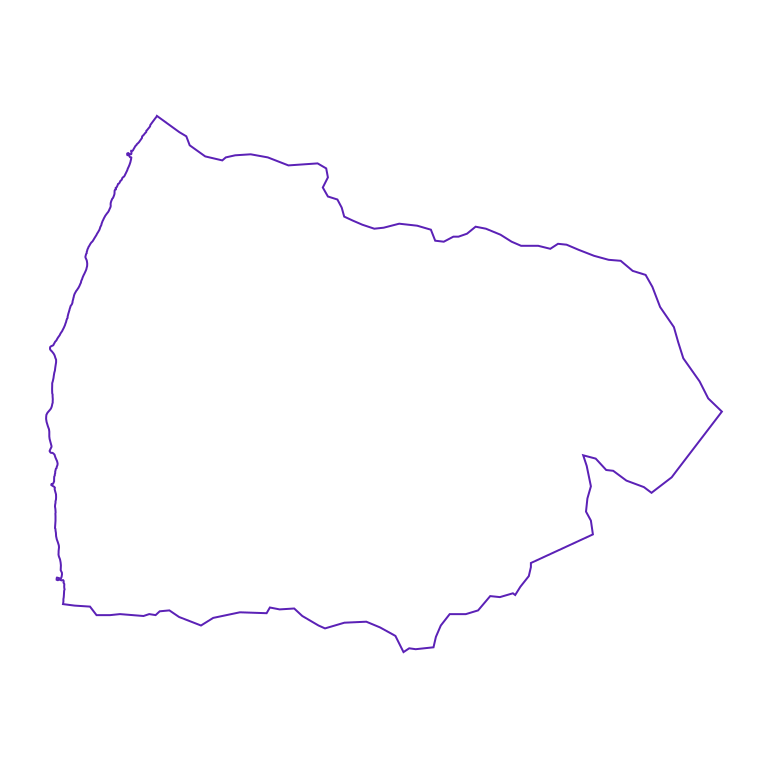 the district of Bouton, Soufrière, Saint Lucia
{"feature_id": "8701671B93683641934125", "entity_name": "Bouton", "entity_type": "district", "adm_level": 2, "iso_a3": "LCA", "parent_name": "Saint Lucia", "parent_adm1": "Soufrière", "projection": "natural_earth1", "projection_center": [-61.073, 13.88], "detail": "fine", "context": "isolated", "style": "outline", "palette": "violet", "viewbox_px": 768, "rotation_deg": 0, "n_neighbors": 0, "source": "geoboundaries", "source_scale": "gbopen_adm2", "svg_char_len": 5860}
<svg xmlns="http://www.w3.org/2000/svg" viewBox="0 0 768 768"><path d="M156.9,115.9L156.4,116.9L155.2,118.4L152.0,122.7L150.4,124.9L150.3,125.1L150.1,126.0L150.1,126.3L149.6,127.0L148.2,128.7L147.5,129.6L147.2,130.0L146.5,130.6L146.3,130.9L146.3,131.4L146.3,131.8L145.9,132.4L145.4,132.8L144.3,134.1L144.0,134.6L143.5,135.0L143.3,135.4L142.3,136.2L142.0,137.0L142.0,137.9L139.6,141.3L138.9,142.3L138.2,143.0L137.8,143.4L137.4,143.7L136.8,144.3L136.6,144.6L136.5,145.0L135.4,146.0L134.6,147.4L133.5,149.3L133.0,150.3L132.4,150.9L132.2,151.0L131.8,150.8L131.2,150.8L131.1,151.3L131.4,152.3L131.5,153.0L131.2,154.1L130.8,154.3L130.6,154.3L130.1,154.2L129.0,153.7L128.3,153.1L127.9,153.2L127.5,153.3L127.2,153.6L127.2,154.7L127.4,155.1L128.1,155.1L128.6,154.8L129.5,156.4L129.9,157.0L130.3,157.3L130.9,157.2L131.3,157.5L131.2,158.4L131.1,159.2L130.6,161.1L130.5,161.8L129.5,164.8L128.7,166.7L127.7,168.8L127.4,169.9L126.8,171.2L124.5,175.9L124.1,176.5L123.4,177.0L122.5,177.7L121.9,179.2L121.8,179.6L121.3,180.1L120.8,180.7L120.4,180.9L119.7,182.4L119.5,182.8L118.7,183.7L118.1,183.9L117.6,185.2L116.8,187.0L116.0,187.7L115.7,187.9L115.7,188.2L116.0,188.6L116.0,189.2L115.9,189.4L115.6,189.6L115.1,189.7L114.8,190.2L114.6,190.8L114.5,193.6L114.4,194.2L114.2,194.9L113.5,196.8L113.0,197.9L112.1,199.0L112.0,199.4L111.4,200.7L110.8,202.6L110.6,204.1L110.7,205.4L110.7,206.1L110.4,207.3L109.5,209.2L108.9,210.7L108.4,211.5L108.1,212.1L107.3,213.0L105.3,215.7L105.0,216.3L103.9,218.3L103.1,220.1L102.5,221.2L102.0,222.7L101.6,223.6L101.4,224.8L101.1,225.5L100.8,226.1L100.4,226.8L99.7,229.0L99.3,230.0L97.8,232.6L97.3,233.3L96.7,234.4L96.3,235.3L96.0,235.7L95.5,236.5L95.0,237.3L94.5,238.1L93.8,239.3L92.7,241.1L92.2,241.7L91.4,242.4L91.1,242.8L90.4,243.8L89.0,246.3L88.6,246.8L88.2,247.9L88.0,248.3L87.6,249.1L87.3,250.0L87.1,251.0L86.8,251.6L86.7,252.4L86.7,252.9L86.7,253.2L86.3,253.7L86.1,254.1L85.8,255.1L85.4,256.8L85.5,257.6L86.5,259.8L86.8,260.7L87.0,261.9L87.2,263.3L87.2,264.5L87.1,266.2L86.7,267.6L86.3,269.4L85.5,271.3L84.2,274.1L83.7,275.0L82.6,277.5L82.0,279.4L81.6,280.1L81.2,281.1L80.9,282.7L80.3,283.9L79.5,285.8L78.3,288.1L77.9,288.5L77.3,289.6L76.4,290.7L76.2,291.0L75.7,291.9L74.7,293.7L74.3,294.7L73.9,296.0L73.7,297.2L73.4,298.0L73.2,299.2L72.8,300.4L72.5,301.9L72.5,302.7L72.3,303.0L72.0,304.0L71.3,305.1L70.5,306.2L70.3,307.2L69.6,309.2L69.4,310.3L69.1,311.1L68.7,312.6L68.5,313.1L68.2,314.2L67.9,315.5L67.6,316.7L67.6,317.7L67.5,318.1L67.0,318.7L66.8,319.5L66.5,320.1L66.4,320.5L66.1,321.9L65.4,323.7L65.0,325.1L64.5,326.2L63.9,327.6L63.5,328.4L62.7,329.9L62.2,331.0L61.3,332.3L60.5,333.5L60.2,334.1L59.7,335.2L58.1,337.4L56.7,339.7L56.6,340.1L56.1,340.8L55.5,341.3L55.1,341.8L54.7,342.5L54.1,343.7L53.7,344.3L53.3,345.2L52.8,345.5L52.2,345.8L51.8,345.9L51.2,346.2L50.7,346.5L50.3,346.9L50.1,347.4L50.0,348.2L50.1,349.3L50.3,349.6L50.5,349.9L50.9,350.5L51.3,350.8L51.8,351.3L52.1,351.6L52.5,352.2L53.5,353.4L54.3,354.8L54.7,355.7L55.4,358.0L56.1,359.7L56.1,362.3L55.9,363.5L55.3,367.3L54.9,370.6L54.3,372.7L53.8,375.7L53.5,378.0L52.8,381.2L52.2,383.2L52.2,385.1L52.1,389.2L52.2,393.3L52.6,394.5L52.6,396.6L52.8,399.2L52.7,401.0L52.7,402.7L52.3,403.9L51.9,405.9L51.5,407.2L50.9,408.6L49.9,409.9L47.5,412.7L46.4,414.8L46.2,416.6L46.1,418.9L46.6,422.0L47.9,426.3L49.0,429.3L49.3,431.7L49.3,436.4L49.6,438.9L50.5,442.3L51.2,444.9L51.5,446.0L51.5,446.9L50.3,449.3L50.0,450.1L49.6,451.0L50.3,452.3L51.1,452.9L52.5,452.9L53.3,453.4L54.5,454.6L55.4,457.4L57.1,461.3L57.6,463.4L57.5,464.9L56.7,467.0L56.6,468.0L55.9,468.7L55.2,471.6L55.2,473.2L54.8,474.3L54.8,475.4L54.2,476.7L54.1,479.0L54.1,481.4L53.7,482.3L53.1,483.7L52.9,483.8L52.0,484.0L51.6,484.0L51.3,484.7L51.3,485.0L52.5,485.8L54.3,486.9L54.9,487.8L54.6,489.0L55.1,491.1L56.0,494.3L56.1,497.0L56.0,499.3L55.5,501.4L55.5,502.8L55.1,504.9L55.0,506.6L55.4,509.1L55.6,512.5L55.4,513.5L55.5,516.1L55.5,520.8L55.0,528.1L55.4,528.8L55.6,531.1L55.9,532.7L56.1,536.2L56.8,539.4L57.8,542.1L58.8,545.3L59.0,547.3L58.6,551.1L58.6,552.4L58.5,554.6L58.9,556.5L60.0,559.3L60.6,562.4L60.9,565.3L60.7,570.2L61.9,572.7L62.0,574.3L61.6,576.8L61.0,578.3L60.7,578.7L60.3,578.7L59.0,578.1L57.9,577.8L57.0,577.6L56.7,578.1L56.6,579.7L57.1,580.0L57.9,580.2L58.8,579.7L59.5,579.7L61.6,580.4L62.4,580.2L63.2,580.2L63.6,580.8L63.7,581.9L63.5,582.7L63.9,583.2L64.2,583.8L64.3,584.6L64.2,585.9L64.2,586.9L64.3,588.3L64.6,589.2L64.2,590.5L64.1,591.3L64.0,593.4L63.9,595.0L63.8,596.3L63.7,597.5L63.4,599.1L63.4,601.5L63.1,603.6L63.0,604.1L74.6,605.6L90.0,606.6L96.5,615.1L110.3,615.1L120.0,614.1L143.5,616.0L149.2,614.1L155.6,615.1L159.7,611.3L169.4,610.4L179.1,617.0L201.0,625.5L213.2,617.9L239.9,612.3L266.6,613.2L269.9,607.5L279.6,609.4L294.2,608.5L302.3,616.0L318.5,625.5L325.0,628.4L344.4,622.7L366.3,621.7L380.0,627.4L395.4,635.9L403.5,652.1L409.2,648.3L415.7,649.2L433.5,647.3L435.9,636.9L440.8,625.5L449.7,614.1L465.9,614.1L478.1,610.4L490.2,596.1L499.9,597.1L512.9,593.3L515.2,595.0L520.4,586.7L528.8,576.1L530.9,567.1L530.9,563.0L592.9,534.4L590.9,520.6L586.0,511.6L587.4,498.5L590.9,486.3L586.7,465.9L583.2,455.3L595.7,458.6L606.2,470.0L613.2,470.8L626.4,480.6L643.9,487.1L651.5,492.8L671.7,477.3L676.6,470.8L721.9,411.6L708.2,398.4L699.6,381.4L683.3,358.3L678.2,342.2L673.9,327.1L660.1,307.0L652.4,286.9L645.6,274.9L632.7,270.9L620.7,260.8L608.6,259.8L594.0,255.8L578.6,249.8L566.6,244.7L558.0,243.8L550.3,248.8L538.2,245.8L521.1,245.8L511.6,241.7L500.5,234.7L485.9,228.7L475.6,226.7L467.0,233.7L458.4,236.7L453.3,236.7L443.8,241.7L435.2,240.7L430.9,229.7L417.2,225.7L399.2,223.7L383.7,227.7L374.3,228.7L362.3,224.7L352.8,220.6L344.2,216.6L341.7,207.6L337.4,199.5L327.9,196.5L322.8,187.5L327.9,177.4L326.2,168.4L317.6,163.4L288.4,165.4L267.8,157.4L250.7,154.3L235.2,155.3L225.8,157.4L222.3,160.4L205.2,156.4L189.7,145.3L186.3,136.3L179.4,132.2L156.9,115.9Z" fill="none" stroke="#5b21b6" stroke-width="2"/></svg>